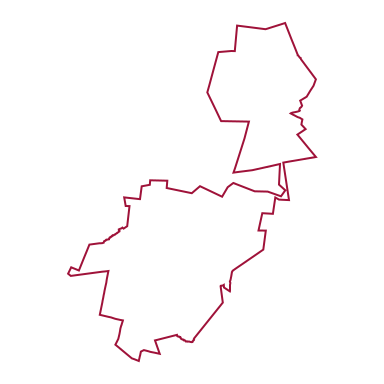 the district of Salinas, San Luis Potosí, Mexico
{"feature_id": "50627088B4619703066828", "entity_name": "Salinas", "entity_type": "district", "adm_level": 2, "iso_a3": "MEX", "parent_name": "Mexico", "parent_adm1": "San Luis Potosí", "projection": "mercator", "projection_center": [-101.675, 22.823], "detail": "fine", "context": "isolated", "style": "outline", "palette": "rose", "viewbox_px": 384, "rotation_deg": 0, "n_neighbors": 0, "source": "geoboundaries", "source_scale": "gbopen_adm2", "svg_char_len": 5017}
<svg xmlns="http://www.w3.org/2000/svg" viewBox="0 0 384 384"><path d="M68.1,273.7L70.8,275.9L102.2,271.7L104.4,271.5L106.3,271.3L108.4,271.0L106.9,278.6L106.6,280.4L106.3,282.7L105.7,285.3L104.5,290.9L104.1,293.3L103.7,295.0L103.2,297.9L102.6,300.7L102.3,302.6L99.8,314.8L108.2,316.8L111.0,317.4L114.9,318.7L116.5,319.1L118.4,319.5L120.1,319.9L122.9,320.4L122.6,321.5L121.9,323.6L121.5,325.1L121.3,325.4L121.0,326.4L120.4,328.5L119.9,331.7L119.4,334.3L118.3,338.9L115.4,344.7L131.9,358.4L132.6,358.6L134.3,359.2L138.8,361.0L139.0,360.1L139.2,359.0L139.5,357.9L139.7,356.8L140.0,355.7L140.3,354.7L140.3,354.3L140.5,353.5L140.9,351.6L143.9,350.1L146.3,350.7L148.6,351.3L150.1,351.8L151.5,352.1L154.6,352.7L156.4,353.1L157.4,353.3L158.2,353.5L158.7,353.6L159.7,353.8L156.5,344.7L155.0,340.4L157.1,339.9L176.8,334.9L176.8,335.1L177.0,335.1L177.1,335.7L177.1,335.9L177.2,336.0L177.3,336.1L177.5,336.0L177.5,335.9L177.6,336.1L177.6,336.3L177.8,336.4L178.0,336.3L178.3,336.5L178.6,336.7L178.9,336.6L179.2,336.6L179.4,336.7L179.5,336.9L179.5,337.0L179.4,337.0L179.6,337.1L179.8,337.1L180.1,337.0L180.3,337.0L180.5,337.4L180.6,337.5L180.5,337.8L180.6,338.1L180.7,338.3L180.9,338.4L181.0,338.5L181.1,338.8L181.4,339.0L181.6,339.2L182.0,339.2L182.6,339.4L182.7,339.5L183.0,339.6L183.1,339.8L183.3,339.8L183.4,339.6L183.5,339.6L183.6,339.8L183.6,340.0L183.8,340.3L184.0,340.3L184.1,340.2L184.3,340.2L184.3,340.4L184.5,340.4L184.6,340.2L184.6,340.3L184.8,340.5L185.0,340.6L185.3,340.8L185.4,341.0L185.6,341.2L185.7,341.3L185.8,341.2L185.9,341.3L186.0,341.4L186.2,341.5L186.5,341.4L186.8,341.4L187.0,341.5L187.1,341.4L187.3,341.4L187.5,341.4L187.7,341.5L187.8,341.6L188.1,341.6L188.3,341.6L188.6,341.5L188.8,341.5L189.1,341.5L189.4,341.6L189.9,341.8L190.3,341.9L190.7,342.0L191.3,342.1L192.0,342.1L192.5,342.0L192.6,341.8L192.6,341.6L192.5,341.4L192.6,341.2L192.9,341.0L193.2,340.8L193.4,340.4L193.6,340.3L193.5,340.1L193.7,339.8L193.8,339.7L193.9,339.4L194.0,339.3L193.9,339.1L194.0,339.0L194.0,338.9L194.1,338.7L194.1,338.4L222.8,302.6L220.6,286.2L220.7,285.9L220.8,285.9L221.1,286.1L221.3,286.0L221.3,285.9L221.5,285.8L221.6,285.7L221.8,285.6L222.0,285.6L222.4,285.6L222.5,285.6L222.9,285.4L223.0,285.4L223.3,285.2L223.5,285.1L223.8,284.9L224.0,287.5L229.9,291.4L230.0,291.1L230.0,290.8L230.0,290.5L230.0,290.1L230.0,288.9L230.0,287.5L230.0,286.0L230.0,285.3L230.0,284.7L230.1,284.4L230.2,284.0L230.3,283.2L230.3,282.6L230.1,282.3L230.0,282.0L229.9,281.8L229.9,281.5L229.9,281.2L230.1,281.0L230.3,280.6L230.5,279.9L230.8,278.6L230.9,277.9L231.0,277.3L231.2,276.7L231.3,275.8L231.4,275.6L231.4,275.2L231.5,274.8L231.5,274.6L231.6,274.4L231.6,274.1L231.6,273.9L231.7,273.6L231.8,272.9L231.8,272.7L231.9,272.4L231.9,272.2L232.0,272.1L232.0,271.9L232.1,271.7L232.3,271.4L232.5,271.2L232.7,270.8L232.7,270.7L236.4,268.1L247.2,260.7L260.7,251.4L262.0,250.5L263.3,249.6L265.8,230.6L258.5,230.5L262.3,213.2L272.9,213.8L275.3,197.5L279.0,199.6L289.0,200.1L283.3,162.6L290.1,161.4L315.9,157.0L308.5,148.1L298.0,135.3L297.4,134.6L305.6,129.1L301.4,124.6L301.8,122.2L302.4,119.4L300.9,118.5L300.0,117.9L298.9,117.5L298.2,117.3L296.9,116.7L295.8,116.1L294.1,115.2L293.0,114.7L292.4,114.3L291.2,113.7L290.9,113.5L290.7,113.4L291.1,113.1L292.0,112.8L293.0,112.5L294.8,112.2L297.9,111.5L298.5,111.3L298.7,111.2L299.5,111.0L299.6,110.9L299.8,110.6L299.3,110.0L299.3,109.9L299.4,109.4L299.9,108.1L300.3,107.8L300.7,107.4L301.0,107.3L301.4,106.8L302.1,105.7L300.2,100.6L306.7,96.7L310.3,90.7L313.5,85.8L315.9,79.3L301.0,59.3L300.6,57.9L299.9,57.8L298.1,55.3L297.9,55.3L297.8,55.2L297.7,55.2L297.7,54.8L295.9,50.2L293.9,45.2L291.7,39.8L289.5,34.2L285.1,23.0L281.5,24.2L269.4,28.0L267.9,28.5L265.5,29.2L250.6,27.3L237.1,25.6L234.8,51.1L231.3,51.0L218.3,52.1L214.0,67.9L209.3,85.3L207.3,92.4L216.2,110.8L221.1,121.1L248.9,121.6L244.5,138.4L238.5,157.3L235.0,168.3L233.5,172.6L238.7,171.9L252.3,170.2L272.1,165.8L280.0,164.0L279.0,184.6L285.3,190.3L281.0,196.3L267.7,191.6L254.7,191.3L233.3,183.0L228.5,186.6L227.7,187.2L222.1,196.7L200.0,186.2L191.8,193.2L166.7,188.0L167.3,180.7L150.2,180.3L149.8,184.8L141.7,186.3L140.0,199.1L139.5,199.1L124.2,197.4L125.7,206.0L129.5,206.1L127.2,226.2L123.6,228.6L122.4,227.6L121.6,228.3L120.7,228.6L119.3,229.1L118.8,229.4L118.9,229.7L119.4,230.6L119.0,230.8L119.3,231.5L118.6,231.9L117.7,232.6L117.5,232.8L117.3,233.0L117.1,232.9L116.0,233.8L115.7,233.9L115.6,234.0L115.4,234.2L115.1,234.5L114.9,234.4L113.8,235.2L113.4,235.4L113.0,235.1L112.9,235.1L112.4,235.5L112.2,235.7L112.4,236.0L111.7,236.5L111.5,236.3L111.1,236.7L110.8,236.8L110.0,237.3L110.2,237.6L109.8,237.9L109.7,237.9L109.3,238.2L109.0,238.6L109.0,239.3L107.5,239.6L107.4,239.5L107.1,239.5L106.8,239.7L106.7,239.6L106.2,239.7L106.0,239.9L105.7,240.2L105.9,240.3L105.5,240.7L104.9,241.0L104.7,241.0L104.7,240.9L104.2,241.1L104.0,241.5L103.7,242.7L103.4,242.8L102.8,242.9L102.1,243.2L99.2,243.3L89.4,244.6L86.7,251.3L83.7,258.6L80.8,265.8L78.9,270.5L74.1,268.5L73.3,268.2L71.2,267.3L68.1,273.7Z" fill="none" stroke="#9f1239" stroke-width="2"/></svg>